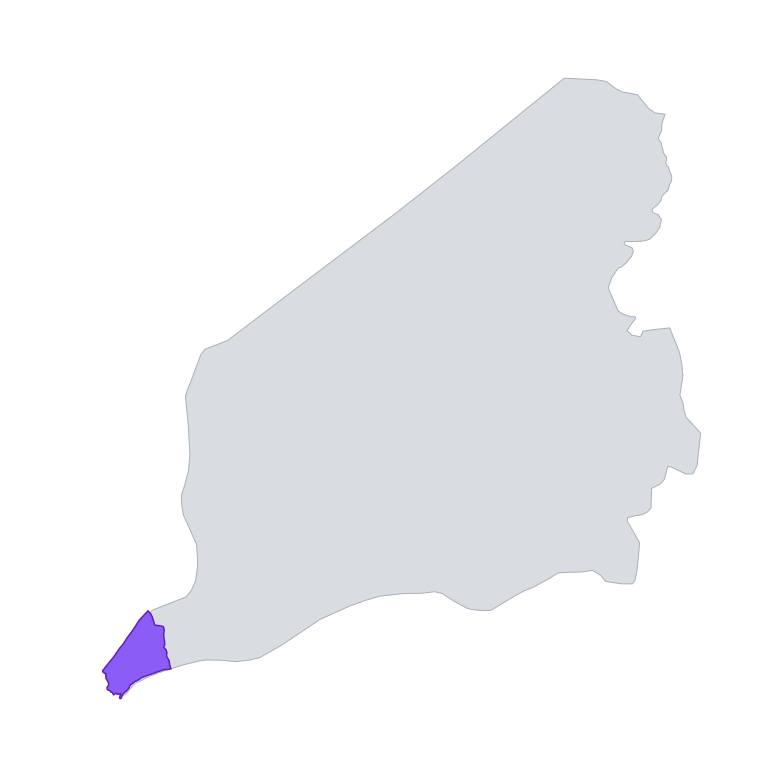 Al-Malikeyyeh, Hasaka (Al Haksa), Syria shown in context, rotated 174°
{"feature_id": "27442178B99216687489351", "entity_name": "Al-Malikeyyeh", "entity_type": "district", "adm_level": 2, "iso_a3": "SYR", "parent_name": "Syria", "parent_adm1": "Hasaka (Al Haksa)", "projection": "mercator", "projection_center": [42.113, 36.959], "detail": "fine", "context": "in_parent", "style": "filled", "palette": "violet", "viewbox_px": 768, "rotation_deg": 174, "n_neighbors": 0, "source": "geoboundaries", "source_scale": "gbopen_adm2", "svg_char_len": 4261}
<svg xmlns="http://www.w3.org/2000/svg" viewBox="0 0 768 768"><g transform="rotate(174 384 384)"><path d="M86.2,262.3L93.2,263.0L108.2,272.1L110.6,271.8L115.1,259.9L119.5,255.8L128.8,252.2L131.4,232.8L135.7,229.1L140.9,227.1L148.9,226.7L155.8,225.5L156.3,222.1L146.5,199.6L147.4,193.9L152.1,171.1L155.1,162.2L157.9,159.3L168.9,160.5L184.4,164.5L188.5,171.0L196.0,176.8L207.4,176.4L220.4,177.5L230.7,177.9L238.8,173.8L257.2,166.2L266.4,163.6L274.7,160.2L301.4,147.7L312.0,148.7L319.4,150.3L324.9,152.3L337.5,160.9L347.9,169.5L355.2,172.1L368.2,171.9L387.1,173.6L410.4,173.4L423.9,171.0L441.3,166.8L472.1,156.6L512.7,135.2L536.6,124.7L546.9,123.5L560.3,123.4L573.7,126.1L588.9,128.1L596.0,127.9L612.4,125.8L633.8,121.4L647.2,117.9L663.4,112.0L673.5,102.3L676.7,101.3L680.9,103.1L682.9,103.7L687.0,109.3L691.4,123.5L691.4,125.1L690.5,129.1L680.0,140.8L665.6,156.6L655.3,166.5L638.0,183.3L625.0,186.9L603.2,192.9L597.3,198.7L591.9,208.2L588.7,221.1L587.7,229.1L587.2,244.1L592.3,259.7L597.2,274.6L597.8,284.4L597.3,294.1L592.6,304.5L587.4,318.6L584.4,334.6L582.9,364.5L582.8,389.8L582.4,393.9L573.4,411.8L563.0,432.6L558.1,437.4L535.1,443.6L510.0,458.8L482.0,475.8L456.6,491.1L429.8,507.3L402.1,523.9L382.3,535.9L355.8,551.8L331.7,566.9L307.2,582.3L288.6,594.0L260.4,612.4L243.9,623.1L219.6,638.9L198.2,652.8L172.8,669.3L141.1,664.4L131.1,661.6L122.9,653.7L116.8,649.6L101.8,645.3L92.2,630.5L86.4,625.3L76.3,622.9L80.6,613.4L81.4,607.2L85.8,599.6L83.1,594.6L81.7,583.9L79.8,581.3L79.1,578.5L80.6,575.1L80.0,571.6L78.3,570.1L77.5,564.8L76.1,560.8L76.8,556.0L79.0,552.9L81.3,546.9L84.0,545.1L88.3,541.3L89.4,537.4L93.2,533.5L98.3,530.4L99.5,527.9L98.7,526.4L93.6,523.6L90.9,518.6L93.3,511.3L94.9,509.0L98.0,505.5L104.9,500.1L110.3,499.2L114.9,499.2L122.8,499.7L128.9,500.7L130.4,499.3L130.2,497.5L122.7,493.1L122.2,489.6L124.1,485.8L129.5,479.9L135.8,475.5L139.1,474.7L146.3,466.0L151.0,456.1L143.5,432.2L138.9,428.4L131.5,425.1L127.1,424.6L126.8,423.0L132.6,416.9L136.8,411.6L132.2,406.6L124.0,404.2L120.9,409.4L110.4,409.9L94.0,409.9L86.8,384.5L85.8,373.5L85.9,360.7L90.9,342.0L88.6,333.3L88.4,327.5L87.1,319.4L74.2,302.1L81.2,270.1L86.2,262.3Z" fill="#d9dde1" stroke="#a8b0b8" stroke-width="1"/><path d="M642.4,183.1L643.7,182.0L645.2,180.7L646.0,180.0L652.0,174.8L654.3,171.9L656.9,168.6L660.6,164.3L661.0,163.8L661.3,163.5L663.5,161.1L663.7,160.9L663.8,160.7L664.2,160.4L665.7,158.7L666.4,157.9L669.1,154.5L670.6,152.5L670.8,152.4L673.6,149.7L674.1,149.3L674.1,149.2L674.3,149.0L676.8,146.2L681.0,141.2L682.2,140.0L682.6,139.6L683.4,138.8L689.3,132.9L693.8,128.3L693.8,127.5L693.5,126.8L693.4,126.6L692.7,126.0L692.0,125.8L691.9,125.5L691.7,125.2L691.2,124.8L690.9,124.8L691.0,123.8L691.3,121.9L691.3,121.3L691.2,121.1L691.1,120.3L691.1,119.8L690.7,119.2L690.5,118.8L690.4,118.5L690.3,118.2L689.3,115.7L689.3,115.3L689.1,114.4L689.6,112.8L690.2,112.2L691.0,111.5L691.1,111.2L691.3,110.6L691.2,109.5L691.1,109.3L690.5,108.5L689.1,108.0L689.0,107.9L688.4,107.4L687.8,106.1L687.4,105.9L686.5,105.5L686.1,105.1L685.9,104.0L685.5,103.5L685.4,103.2L684.4,103.8L684.1,104.0L683.6,104.4L683.3,104.3L682.8,104.3L682.5,104.1L682.3,103.9L681.7,103.5L680.9,103.3L680.5,103.3L680.4,103.3L680.2,103.3L679.8,103.3L679.0,103.7L678.9,103.7L678.5,103.6L678.4,103.6L678.3,103.4L678.2,103.3L678.2,103.0L678.2,102.9L679.1,101.3L679.2,101.2L679.6,100.1L679.6,99.3L679.7,99.2L679.5,98.9L679.0,98.8L678.8,98.7L678.6,98.8L678.4,98.8L678.3,99.0L678.0,99.2L677.5,100.4L677.2,101.0L675.9,103.1L675.3,103.6L675.0,103.9L673.9,104.6L672.2,105.7L671.6,106.2L670.8,106.9L669.8,108.0L669.7,108.1L669.3,108.5L669.2,108.6L668.4,110.4L668.3,110.5L668.0,110.9L667.7,111.2L665.2,112.6L664.5,113.1L664.1,113.4L663.1,114.0L659.4,115.4L659.2,115.4L659.2,115.5L658.8,115.6L657.8,116.2L655.4,117.5L651.6,118.4L647.7,119.4L645.8,119.8L643.7,120.3L639.1,121.5L637.6,121.8L635.2,122.4L633.8,122.7L632.3,122.9L629.3,122.8L629.1,122.8L628.5,122.8L625.7,123.0L626.5,127.2L626.6,131.4L628.4,135.0L628.6,137.4L628.0,139.2L628.5,142.4L630.7,145.2L629.2,148.0L629.2,151.4L629.4,156.8L629.1,159.1L628.3,162.3L628.6,165.3L629.6,166.2L631.7,166.8L633.6,167.3L636.7,168.1L637.4,168.7L637.6,170.1L638.1,173.5L638.8,176.5L640.1,180.0L642.3,183.0L642.4,183.1Z" fill="#8b5cf6" stroke="#5b21b6" stroke-width="1.5"/></g></svg>